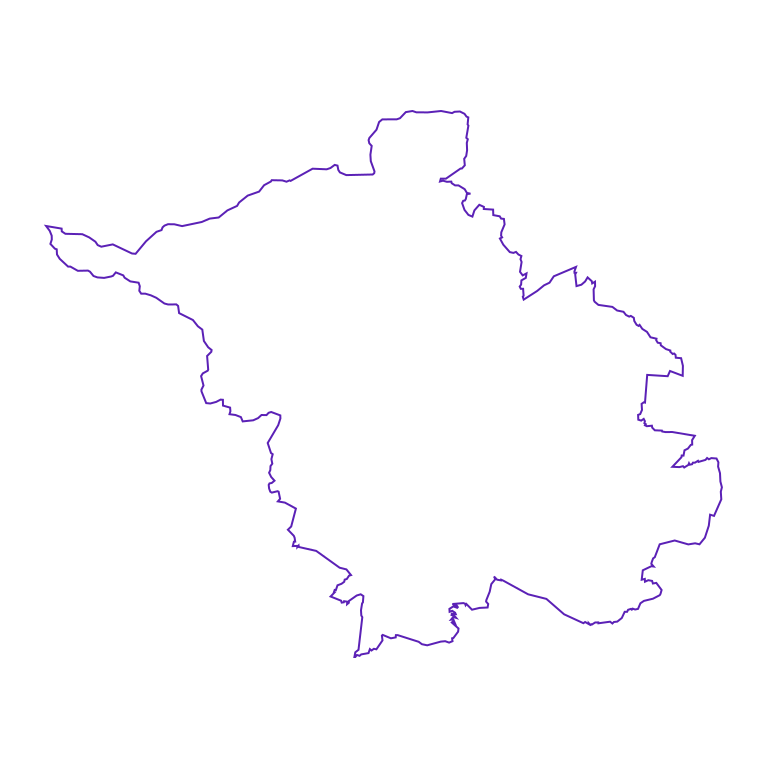 the district of Zapotlanejo, Jalisco, Mexico
{"feature_id": "50627088B58634544896561", "entity_name": "Zapotlanejo", "entity_type": "district", "adm_level": 2, "iso_a3": "MEX", "parent_name": "Mexico", "parent_adm1": "Jalisco", "projection": "mercator", "projection_center": [-103.045, 20.64], "detail": "fine", "context": "isolated", "style": "outline", "palette": "violet", "viewbox_px": 768, "rotation_deg": 0, "n_neighbors": 0, "source": "geoboundaries", "source_scale": "gbopen_adm2", "svg_char_len": 6104}
<svg xmlns="http://www.w3.org/2000/svg" viewBox="0 0 768 768"><path d="M468.3,117.4L466.5,116.6L464.5,113.8L459.9,111.5L454.5,111.8L452.1,113.1L441.1,111.0L427.7,112.4L416.3,112.3L412.5,111.0L405.8,112.1L400.0,118.2L396.8,119.3L382.3,119.4L379.1,122.0L376.5,129.7L369.4,137.9L368.6,140.1L369.3,143.3L371.7,145.9L370.4,154.7L370.8,161.2L374.5,171.4L374.2,173.2L372.7,174.5L346.3,175.1L339.9,172.4L338.3,169.9L337.5,165.6L334.7,164.9L330.5,168.0L326.7,169.3L312.6,168.7L290.6,180.9L289.6,180.4L286.5,181.7L282.3,180.4L271.7,180.2L270.9,181.5L264.1,185.2L259.1,191.6L247.7,195.6L239.1,202.5L237.1,205.9L227.4,210.4L218.7,217.5L209.7,218.6L201.7,222.0L182.1,226.1L174.4,224.3L168.0,224.2L164.5,225.6L162.6,227.3L161.5,230.1L156.5,231.8L146.0,241.3L135.6,253.8L132.0,253.5L112.8,244.4L101.3,246.7L97.7,245.1L95.4,241.7L89.2,237.4L82.3,234.2L65.4,233.8L61.8,231.4L61.6,228.6L46.1,226.0L49.7,230.8L51.7,235.7L51.8,239.5L50.4,243.9L54.9,248.7L56.7,249.3L57.0,254.5L59.7,258.8L68.1,266.6L70.4,266.6L77.8,270.8L88.0,270.6L90.0,271.7L93.5,276.0L97.4,277.4L104.1,277.9L111.1,276.5L113.0,275.8L115.8,272.4L123.3,275.4L124.6,277.7L130.3,281.4L138.6,282.7L139.8,286.2L139.3,290.8L141.2,293.7L145.4,293.7L150.8,295.3L156.3,297.8L164.4,303.5L168.2,304.5L176.3,304.4L178.1,305.9L179.1,313.1L192.9,320.0L197.9,326.3L202.3,329.6L203.9,341.0L208.2,347.3L211.6,350.0L211.3,351.8L207.1,356.0L208.2,369.6L207.7,370.7L202.8,373.4L201.1,376.1L203.5,385.5L201.4,389.7L201.5,391.4L206.2,403.1L210.3,403.5L216.2,401.9L220.6,399.6L222.9,399.8L223.0,405.6L230.1,407.6L230.4,411.2L229.5,414.2L235.5,415.0L240.9,417.1L242.7,421.4L253.2,420.3L258.1,418.1L261.5,415.0L266.5,415.1L268.6,412.8L271.2,412.0L280.3,415.4L280.4,418.5L278.2,425.2L267.7,443.0L271.0,453.0L272.7,454.2L271.4,459.1L272.3,463.7L270.5,466.1L270.3,470.1L269.1,472.8L271.2,477.0L274.5,480.7L271.7,483.0L269.5,483.4L268.7,484.9L269.1,488.5L270.3,491.7L271.8,492.6L277.6,491.2L278.6,491.7L280.1,498.8L277.9,501.4L284.9,502.6L295.9,508.6L291.2,526.5L287.9,529.7L293.8,535.8L294.6,537.7L295.2,541.6L293.9,541.7L292.8,546.1L297.3,545.9L297.3,547.1L298.6,545.6L298.8,547.0L316.2,550.9L339.6,567.7L346.4,569.4L351.0,575.1L349.0,575.7L346.8,579.0L344.7,579.6L344.2,581.8L341.5,583.8L337.5,585.3L335.9,590.0L334.7,589.9L333.9,592.3L334.6,592.4L330.6,596.5L341.1,600.7L341.7,602.6L343.8,602.3L344.1,601.2L347.3,601.7L347.1,604.2L348.8,602.8L348.9,601.0L356.7,595.5L360.7,594.3L363.4,596.1L362.9,602.4L362.1,603.4L361.0,610.2L361.3,615.5L362.3,617.2L358.5,649.8L355.3,652.3L354.4,657.0L355.3,657.0L356.9,655.0L359.6,655.8L361.2,654.4L368.5,653.1L369.9,649.1L371.5,650.5L373.9,648.8L376.4,649.3L382.5,640.4L381.9,635.6L382.7,634.9L390.9,638.3L395.7,637.4L395.9,635.1L397.6,635.1L418.7,641.8L421.9,644.2L427.2,645.3L440.8,641.6L445.2,641.2L449.1,642.6L452.5,641.2L452.1,638.3L453.4,638.0L458.1,631.7L458.5,628.5L451.8,622.5L453.0,621.4L454.7,622.7L453.3,619.4L451.0,619.7L453.2,617.0L456.2,617.9L454.0,615.3L451.6,615.1L451.8,613.7L455.7,614.1L455.1,612.7L452.2,610.8L449.6,611.8L449.4,608.9L453.3,606.4L457.2,607.8L457.8,607.1L456.8,605.6L452.4,604.0L463.4,603.1L465.1,603.7L465.6,605.2L466.4,604.0L472.0,609.7L479.6,607.9L487.6,607.5L488.2,604.0L486.1,601.6L486.3,600.2L489.7,591.7L491.3,584.1L495.3,579.2L494.0,576.5L497.1,579.7L501.1,580.4L501.2,579.7L503.4,580.7L528.1,594.3L546.4,598.9L564.1,614.3L583.4,623.2L585.1,622.0L589.0,624.2L588.9,623.3L590.4,624.9L591.1,624.4L591.7,625.4L591.5,624.8L595.1,622.5L598.3,622.4L598.4,623.3L610.1,621.7L612.4,623.5L613.9,622.0L617.3,621.6L621.8,618.0L624.7,611.8L627.1,611.8L628.1,609.8L630.9,608.9L632.4,610.2L631.9,609.0L632.6,608.6L635.1,609.5L638.0,608.9L640.4,603.3L643.9,600.9L653.0,598.7L659.7,595.2L660.5,593.9L661.6,590.0L656.3,582.9L652.9,583.5L652.1,580.9L648.3,580.2L645.0,581.7L644.8,578.9L641.7,579.7L642.8,570.3L651.4,566.2L653.6,566.5L651.3,563.8L651.7,562.2L653.1,558.4L654.8,557.2L659.7,544.3L674.7,540.5L688.3,544.4L695.1,543.3L699.5,544.3L704.9,537.7L708.8,525.7L710.1,514.7L714.0,515.9L721.3,499.3L720.8,491.7L721.9,487.3L720.4,481.5L720.0,473.2L718.1,466.6L718.4,462.3L716.5,458.5L711.3,458.1L708.9,459.3L707.1,458.0L705.5,459.9L698.5,461.9L698.0,460.8L694.9,462.7L692.9,462.7L692.1,464.2L689.7,464.7L689.0,463.3L688.4,464.9L684.2,467.5L683.0,466.2L679.4,467.1L672.4,466.8L681.4,457.3L681.7,455.5L683.5,455.6L684.5,450.3L687.9,448.6L690.8,444.9L692.2,444.6L692.1,440.1L694.8,435.8L672.2,432.0L665.6,432.1L662.2,431.5L661.9,430.6L654.8,430.3L652.2,427.6L651.9,425.7L646.8,426.2L645.0,425.3L645.8,424.2L644.4,423.3L644.9,421.2L643.7,418.9L641.2,420.6L638.3,419.7L638.1,414.9L640.2,414.1L642.0,409.9L641.6,403.9L643.8,402.3L645.0,402.6L647.2,374.9L667.7,376.2L670.0,371.0L682.7,375.8L682.9,365.8L681.1,358.2L675.8,357.7L675.5,354.8L674.1,353.5L672.7,354.0L670.2,351.6L670.3,350.5L666.0,349.1L660.8,345.3L660.6,343.2L657.7,342.7L656.2,340.2L656.5,338.7L650.5,337.3L647.0,331.9L642.3,328.9L639.6,324.9L638.6,325.9L636.6,324.8L634.3,321.0L633.8,317.8L630.8,315.9L629.2,316.6L626.0,315.0L623.5,311.8L617.1,310.5L612.4,306.9L598.4,304.9L594.6,301.7L593.9,300.3L593.6,289.3L595.1,286.2L595.0,281.7L592.2,283.4L591.8,281.2L587.6,277.4L585.1,281.5L581.4,284.7L576.5,286.1L575.2,274.4L576.0,272.8L574.5,272.8L574.4,271.5L576.0,266.9L553.8,276.3L549.5,282.7L544.1,285.3L537.1,291.0L523.7,299.6L522.8,296.7L523.6,295.7L523.1,288.8L520.8,288.8L519.7,286.6L521.1,284.6L521.4,280.4L525.8,277.9L526.5,273.4L522.7,275.4L520.0,271.8L521.6,262.0L520.5,259.2L521.4,256.0L518.4,254.5L516.0,251.9L513.4,252.9L509.8,252.1L503.3,244.7L499.9,238.5L502.1,237.4L501.1,235.7L501.3,232.3L504.6,224.4L503.9,218.9L501.1,218.6L499.7,216.3L493.3,215.1L493.1,209.6L483.8,209.0L483.9,206.9L479.3,204.8L474.4,210.4L472.4,216.6L468.4,214.9L464.5,209.9L462.1,203.1L463.2,200.8L464.9,200.5L465.8,199.0L466.9,194.0L470.5,193.7L466.9,192.9L464.7,189.2L458.5,185.4L455.1,185.4L451.7,183.2L451.3,181.6L446.9,181.8L443.0,180.7L440.0,181.5L440.8,178.7L445.9,178.7L460.6,168.5L461.9,168.5L464.8,165.3L464.2,158.8L466.2,156.0L467.1,150.2L466.8,142.9L467.8,139.2L466.3,137.8L468.4,125.6L467.6,124.4L468.3,117.4Z" fill="none" stroke="#5b21b6" stroke-width="2"/></svg>